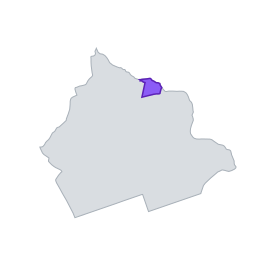 where Kgatleng sits in Botswana, rotated 251°
{"feature_id": "BWA-2646", "entity_name": "Kgatleng", "entity_type": "District", "adm_level": 1, "iso_a3": "BWA", "parent_name": "Botswana", "parent_adm1": "", "projection": "mercator", "projection_center": [26.553, -24.114], "detail": "fine", "context": "in_parent", "style": "filled", "palette": "violet", "viewbox_px": 256, "rotation_deg": 251, "n_neighbors": 0, "source": "natural_earth", "source_scale": "10m", "svg_char_len": 3445}
<svg xmlns="http://www.w3.org/2000/svg" viewBox="0 0 256 256"><g transform="rotate(251 128 128)"><path d="M138.7,38.5L138.4,39.4L138.1,40.8L138.4,41.9L139.2,43.3L140.2,44.5L141.0,45.2L142.0,47.0L142.9,49.2L144.2,51.0L147.9,54.9L148.3,56.4L148.8,57.8L151.2,60.5L151.5,61.4L151.4,63.3L153.8,68.9L155.3,72.1L156.7,72.7L160.9,76.2L164.7,79.0L169.0,80.9L172.2,82.1L173.8,83.1L174.6,83.9L175.2,85.6L175.5,88.5L175.7,90.4L179.1,90.3L181.9,90.5L182.9,90.9L183.3,91.4L183.2,92.7L183.3,94.5L183.4,96.0L183.1,97.6L182.9,99.5L182.8,101.8L183.2,102.8L185.9,105.7L187.1,107.6L188.3,110.5L189.0,111.4L189.6,111.8L192.1,112.1L198.5,113.4L202.4,114.5L205.6,115.6L206.9,115.9L207.5,116.2L207.7,116.5L207.3,119.0L207.5,119.8L207.8,120.6L208.4,121.1L209.0,121.5L211.4,121.8L212.8,123.3L213.7,124.0L209.4,124.4L207.3,125.7L206.1,128.0L204.1,129.7L201.5,130.8L198.7,131.5L195.8,131.9L192.6,133.9L189.3,137.5L187.6,139.7L187.5,140.6L186.8,141.4L185.4,142.1L184.6,142.9L184.4,143.9L183.6,144.3L182.3,144.3L181.4,145.0L180.8,146.4L179.6,147.3L177.8,147.6L176.3,148.4L174.9,149.7L173.9,150.4L173.2,150.4L172.1,151.5L170.3,154.0L170.0,155.2L167.5,164.7L166.2,165.8L163.5,167.8L161.4,170.2L160.5,171.6L159.5,172.2L154.7,173.4L152.8,174.0L150.7,174.9L150.1,175.7L149.6,178.7L148.1,182.9L146.8,186.1L146.0,188.8L144.7,192.2L143.5,193.4L142.1,194.4L140.3,194.9L137.9,195.2L135.7,195.2L134.0,195.2L131.6,196.4L129.4,196.5L125.9,195.8L123.1,195.1L121.8,195.0L119.3,192.7L117.7,192.8L115.2,192.6L113.8,192.1L112.5,191.0L109.7,188.7L107.0,186.9L104.6,185.8L102.3,185.3L100.2,185.8L98.5,186.3L97.9,186.5L96.6,187.4L95.3,189.2L94.2,192.0L93.8,193.7L92.5,197.3L90.9,201.6L90.1,202.9L89.2,203.8L87.8,204.7L83.2,208.1L80.9,212.0L79.4,213.2L77.7,213.7L76.2,214.0L75.4,214.7L74.4,216.6L73.6,217.3L72.8,217.6L70.1,217.4L69.3,217.2L62.3,217.6L60.1,216.9L58.6,216.7L56.2,217.5L55.2,217.0L54.4,215.3L54.0,212.0L54.1,209.2L55.4,207.1L56.5,205.6L57.6,203.6L57.7,202.6L57.5,201.8L57.3,200.2L57.2,198.5L55.7,194.8L53.8,189.9L51.3,184.4L50.6,182.9L49.0,180.6L43.2,176.1L42.3,175.5L42.3,175.0L42.3,170.6L42.3,164.9L42.3,159.1L42.3,153.4L42.3,147.7L42.3,142.0L42.3,136.3L42.3,130.7L42.3,125.0L42.3,120.2L46.4,120.2L51.6,120.2L57.7,120.2L60.4,120.2L60.6,119.5L60.6,116.0L60.6,108.0L60.6,100.0L60.5,92.0L60.5,84.1L60.5,76.1L60.5,68.2L60.5,60.3L60.5,52.5L60.5,48.6L65.2,48.4L70.6,47.6L79.4,46.3L87.6,44.7L93.0,43.8L99.3,42.6L101.5,42.5L102.1,42.6L102.9,43.0L105.9,46.9L107.7,49.9L108.1,51.2L108.4,51.3L109.3,51.1L110.3,50.6L113.3,47.6L113.9,46.9L115.8,45.4L118.1,43.9L120.2,42.9L122.3,42.0L123.3,42.3L124.4,43.0L125.4,43.5L130.2,39.9L132.3,39.0L138.0,38.4L138.7,38.5Z" fill="#d9dde1" stroke="#a8b0b8" stroke-width="1"/><path d="M169.9,154.8L169.9,155.0L169.4,156.0L169.5,156.4L169.5,156.9L168.2,162.2L168.1,163.1L167.8,164.9L167.6,165.2L167.3,165.5L166.9,165.7L165.3,166.2L164.9,166.4L164.8,166.7L163.7,167.9L162.5,168.7L162.0,169.1L161.5,169.7L161.0,171.1L160.8,171.3L159.7,172.6L159.2,172.5L158.9,172.5L158.6,172.4L158.2,172.4L157.4,172.5L155.3,173.1L155.1,172.9L154.3,172.1L152.9,171.1L151.4,170.1L151.1,169.9L150.7,169.7L150.3,169.5L150.2,169.1L150.2,168.5L150.5,167.4L150.7,166.8L150.9,166.4L151.5,163.4L152.6,151.2L165.4,158.9L165.5,158.7L166.4,157.5L166.9,157.1L167.0,157.0L167.4,157.1L167.5,157.1L167.7,156.7L167.8,156.5L168.2,156.0L168.4,155.6L168.5,155.3L168.7,155.6L168.8,155.7L169.2,155.1L169.4,154.9L169.8,154.9L169.9,154.8Z" fill="#8b5cf6" stroke="#5b21b6" stroke-width="1.5"/></g></svg>